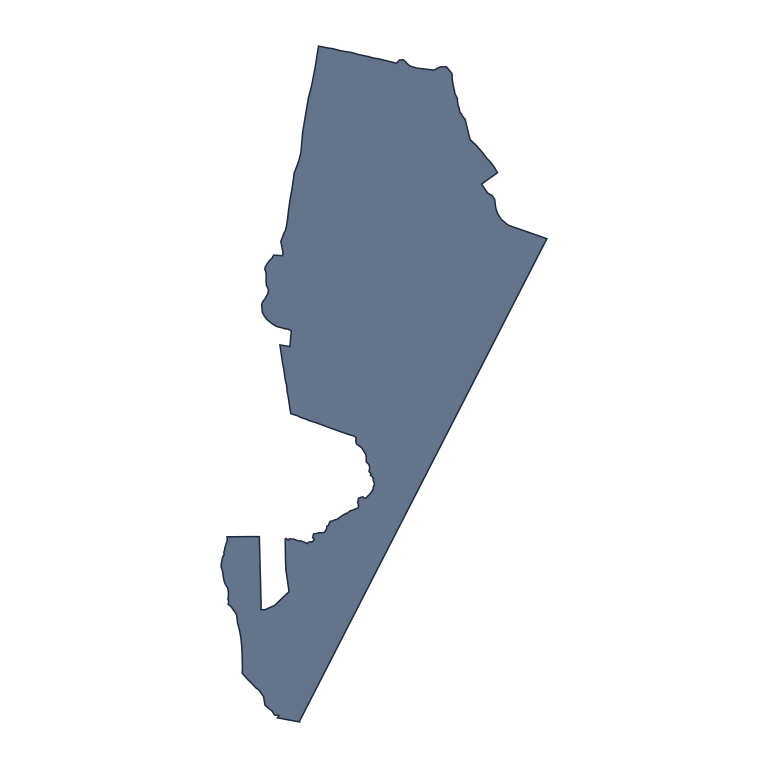 Mazapa de Madero, Chiapas, Mexico (Robinson projection)
{"feature_id": "50627088B77163225052710", "entity_name": "Mazapa de Madero", "entity_type": "district", "adm_level": 2, "iso_a3": "MEX", "parent_name": "Mexico", "parent_adm1": "Chiapas", "projection": "robinson", "projection_center": [-92.197, 15.358], "detail": "fine", "context": "isolated", "style": "filled", "palette": "slate", "viewbox_px": 768, "rotation_deg": 0, "n_neighbors": 0, "source": "geoboundaries", "source_scale": "gbopen_adm2", "svg_char_len": 4735}
<svg xmlns="http://www.w3.org/2000/svg" viewBox="0 0 768 768"><path d="M318.5,46.1L315.2,67.1L311.7,85.3L308.4,98.0L305.9,112.8L302.7,131.8L301.6,144.4L300.8,153.2L298.7,161.0L296.8,166.3L294.2,172.9L293.3,179.6L292.0,188.7L290.1,199.4L288.6,209.7L287.6,218.8L286.8,224.3L285.7,229.7L283.7,233.6L282.6,236.8L282.2,237.9L280.8,241.4L282.0,247.2L282.3,248.8L283.0,253.1L282.4,255.7L279.3,255.5L276.3,255.3L273.6,255.2L271.9,258.2L271.1,259.0L268.7,261.4L268.5,261.8L266.8,264.4L265.1,267.3L264.8,269.8L265.7,271.2L266.2,274.9L266.1,279.5L266.1,281.9L266.5,285.7L267.7,287.7L268.5,290.2L267.6,294.0L265.4,298.2L263.4,300.7L262.4,302.4L261.7,304.7L261.9,308.0L262.3,312.2L263.9,315.3L266.3,318.9L269.1,321.3L270.1,322.2L273.4,324.6L275.1,325.6L276.5,326.4L278.9,327.1L282.3,327.9L284.9,328.9L287.1,328.9L291.3,330.6L289.8,346.6L279.9,344.9L280.5,348.8L280.6,349.8L281.3,354.6L281.9,358.1L282.3,361.5L282.5,362.7L283.2,366.2L283.7,369.0L284.3,373.0L285.0,377.8L285.0,378.2L285.6,381.3L286.6,385.3L287.1,390.9L287.2,392.0L287.4,393.0L287.9,395.3L288.3,397.6L289.1,403.2L290.4,411.7L290.7,413.5L290.8,413.7L293.9,414.7L294.4,414.8L296.5,415.4L299.1,416.6L302.0,417.9L302.2,418.1L304.7,418.7L310.0,420.9L313.7,422.0L314.8,422.3L330.3,428.0L336.8,430.4L341.6,432.1L341.8,432.2L350.6,435.1L352.9,435.7L354.1,436.1L355.6,437.2L356.0,437.4L355.8,441.6L356.5,443.9L357.5,444.7L361.6,447.8L365.9,454.6L366.3,459.9L366.2,461.9L369.1,464.7L369.3,466.2L369.7,467.9L369.3,469.8L369.0,471.5L369.8,472.6L371.1,473.7L370.4,475.5L372.1,476.2L373.1,477.9L373.2,480.4L374.1,482.6L374.5,484.7L373.4,486.3L373.2,488.8L371.8,491.4L370.5,493.2L368.9,495.0L367.9,496.0L367.0,496.8L366.5,497.5L365.8,498.1L365.3,498.2L364.2,497.9L362.8,496.8L361.1,497.3L358.5,498.2L357.7,502.5L358.0,503.5L358.3,505.0L358.7,506.3L358.5,506.9L358.0,507.4L357.3,508.3L351.7,510.4L350.2,510.8L347.9,512.7L343.0,515.0L337.4,519.1L336.1,519.7L335.1,519.6L334.3,520.1L332.4,521.0L330.5,521.2L329.7,522.1L329.3,523.0L328.8,524.3L328.6,525.3L326.8,526.3L326.8,526.9L326.8,527.7L326.6,528.8L325.7,530.2L324.6,532.2L322.9,532.7L320.7,532.8L318.8,532.8L317.9,533.0L317.1,533.4L316.3,533.5L313.6,533.8L313.0,535.7L312.8,538.0L314.0,538.8L314.2,539.8L312.1,541.9L311.1,541.9L310.6,541.9L309.3,541.9L308.1,542.5L307.1,543.7L305.2,542.5L301.0,540.9L298.0,540.8L294.6,539.3L289.4,538.8L288.1,540.1L286.2,538.5L285.2,538.9L285.3,548.3L285.5,560.4L285.5,561.2L285.8,568.3L285.9,569.9L287.5,580.8L288.4,587.5L289.0,591.7L274.5,605.5L264.9,609.7L261.1,609.6L261.1,602.6L260.8,593.4L260.6,583.9L260.2,569.6L260.0,562.0L259.7,550.1L259.5,541.3L259.3,536.6L250.9,536.6L227.0,536.8L227.3,539.2L226.8,542.0L226.0,544.0L225.4,546.1L224.8,548.0L224.5,550.5L223.8,552.2L224.1,554.4L222.4,557.7L221.8,561.0L221.1,565.1L221.1,567.0L222.4,570.8L223.0,574.6L223.4,577.3L224.3,581.8L225.6,584.9L227.3,587.3L228.1,589.7L228.5,594.0L228.3,596.8L227.9,599.0L228.7,601.6L228.1,604.4L230.8,606.3L235.8,613.4L236.6,614.9L237.1,619.1L237.5,622.9L238.9,627.9L239.2,629.3L239.9,632.4L240.8,637.5L241.4,642.6L242.0,651.0L242.2,657.7L242.2,658.4L242.4,667.5L242.2,673.2L242.7,673.8L247.8,679.6L252.4,684.0L255.8,687.8L258.8,690.0L259.9,691.5L263.6,696.8L265.0,705.2L268.0,707.9L271.5,710.6L271.7,710.8L272.1,711.2L273.2,712.9L274.5,715.0L277.4,715.2L277.8,715.2L278.9,715.6L278.7,715.9L277.4,717.9L299.4,721.9L299.3,721.7L371.8,580.1L458.0,412.1L506.3,317.9L506.4,317.6L506.5,317.5L506.6,317.2L541.0,250.2L546.9,238.7L539.2,236.0L528.8,232.4L520.9,229.6L515.4,227.7L514.1,227.3L508.3,225.2L508.0,225.0L503.9,221.6L501.4,219.5L500.4,218.0L498.4,214.8L497.4,213.2L496.7,210.9L495.6,207.0L494.9,200.8L494.7,199.3L492.1,195.7L487.5,192.8L484.4,188.3L481.6,184.1L483.9,182.5L486.4,180.6L489.5,178.4L493.5,175.6L497.5,172.7L495.1,168.6L494.8,168.0L492.4,164.7L491.0,162.7L487.8,159.2L487.3,158.8L483.8,154.3L481.6,151.5L480.6,150.3L478.6,148.1L477.1,146.3L475.6,144.7L472.1,141.4L470.1,139.5L465.1,119.2L463.6,117.6L462.4,115.9L461.4,113.8L459.8,112.0L459.5,110.0L459.1,107.8L458.2,106.1L457.7,102.8L457.3,98.4L456.3,96.3L455.0,93.8L454.6,91.6L453.6,86.9L453.5,86.4L452.3,80.1L452.0,73.6L451.3,72.7L449.4,70.4L449.2,70.2L447.5,68.1L446.4,66.8L445.8,66.8L443.2,66.9L440.0,66.9L438.1,67.9L435.5,69.3L434.0,70.1L431.1,69.7L429.0,69.5L428.7,69.5L426.4,69.2L424.0,68.9L420.9,68.6L418.7,68.3L416.7,68.1L413.5,67.1L410.0,66.0L407.6,64.0L406.0,62.2L405.3,61.4L403.5,59.9L400.8,59.9L399.5,60.0L396.4,63.3L392.9,62.3L389.2,61.5L388.0,61.1L379.2,58.9L373.9,58.1L369.4,56.9L369.1,56.7L366.5,56.2L363.8,55.6L361.5,55.1L358.2,54.5L355.9,53.7L352.1,52.6L350.9,52.4L345.3,51.5L343.8,51.3L340.7,50.8L339.6,50.5L336.9,49.7L333.3,48.8L327.1,47.8L326.1,47.6L322.2,46.8L320.0,46.4L318.5,46.1Z" fill="#64748b" stroke="#1e293b" stroke-width="1.5"/></svg>